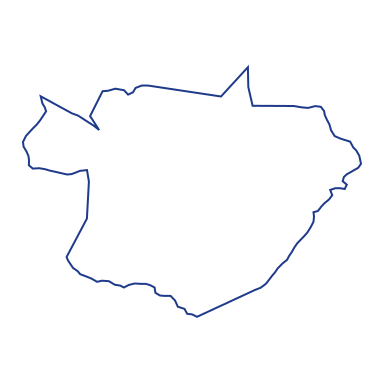 the district of Marechal Deodoro, Alagoas, Brazil
{"feature_id": "56859067B1400711858977", "entity_name": "Marechal Deodoro", "entity_type": "district", "adm_level": 2, "iso_a3": "BRA", "parent_name": "Brazil", "parent_adm1": "Alagoas", "projection": "albers", "projection_center": [-35.91, -9.719], "detail": "fine", "context": "isolated", "style": "outline", "palette": "blue", "viewbox_px": 384, "rotation_deg": 0, "n_neighbors": 0, "source": "geoboundaries", "source_scale": "gbopen_adm2", "svg_char_len": 1621}
<svg xmlns="http://www.w3.org/2000/svg" viewBox="0 0 384 384"><path d="M260.7,287.7L266.0,283.7L269.8,278.8L272.4,275.4L274.9,272.5L277.6,268.5L282.6,263.4L287.1,259.8L289.0,256.1L291.9,251.9L294.4,247.4L297.4,243.1L301.4,239.0L304.2,236.1L307.3,232.6L310.8,227.0L313.5,221.7L314.0,216.6L313.5,212.2L317.9,211.0L321.7,206.1L324.6,203.1L329.1,199.4L332.2,195.2L330.2,189.9L335.5,188.2L340.0,188.2L344.7,189.0L346.8,184.7L342.7,181.2L343.9,177.0L346.8,174.3L352.4,171.1L358.2,167.8L361.0,163.8L359.3,155.8L356.3,150.5L353.3,147.5L350.1,141.6L344.5,139.9L340.2,138.5L334.7,136.1L331.0,130.2L329.4,124.4L326.9,119.7L324.8,115.1L324.1,111.1L320.8,106.8L315.2,106.1L308.2,107.9L302.1,107.4L293.6,106.0L252.6,105.8L248.3,87.0L247.9,67.2L221.0,96.5L147.7,85.5L141.9,85.5L135.6,87.9L133.0,92.3L128.1,94.6L124.0,90.2L115.3,88.7L107.8,90.8L102.6,91.2L90.1,116.1L99.1,130.0L93.9,125.8L77.9,115.5L72.0,113.4L40.7,96.3L42.4,103.4L44.8,107.4L46.1,111.3L40.0,120.5L36.9,124.4L33.0,128.3L30.1,131.4L26.0,135.9L23.0,141.9L23.6,146.7L26.4,151.3L28.4,155.9L29.0,159.9L28.9,165.3L32.8,168.6L39.2,168.2L45.1,169.2L49.4,170.5L54.0,171.5L59.6,172.8L67.1,174.5L71.5,174.1L75.4,172.7L79.8,170.9L87.0,170.1L88.9,181.6L86.9,218.6L66.6,257.0L68.1,260.6L73.0,267.9L77.7,271.2L80.2,274.2L85.8,276.3L91.3,278.5L97.1,281.8L102.0,280.7L108.9,281.2L114.7,284.7L120.3,285.6L123.9,287.5L128.7,285.0L134.6,283.5L141.5,283.9L145.9,283.9L150.0,285.1L154.6,287.5L155.4,292.8L160.0,295.5L164.6,295.9L170.6,295.9L175.1,300.6L177.8,306.7L184.5,308.9L187.2,313.8L192.2,314.4L197.0,316.8L254.9,290.0L260.7,287.7Z" fill="none" stroke="#1e3a8a" stroke-width="2"/></svg>